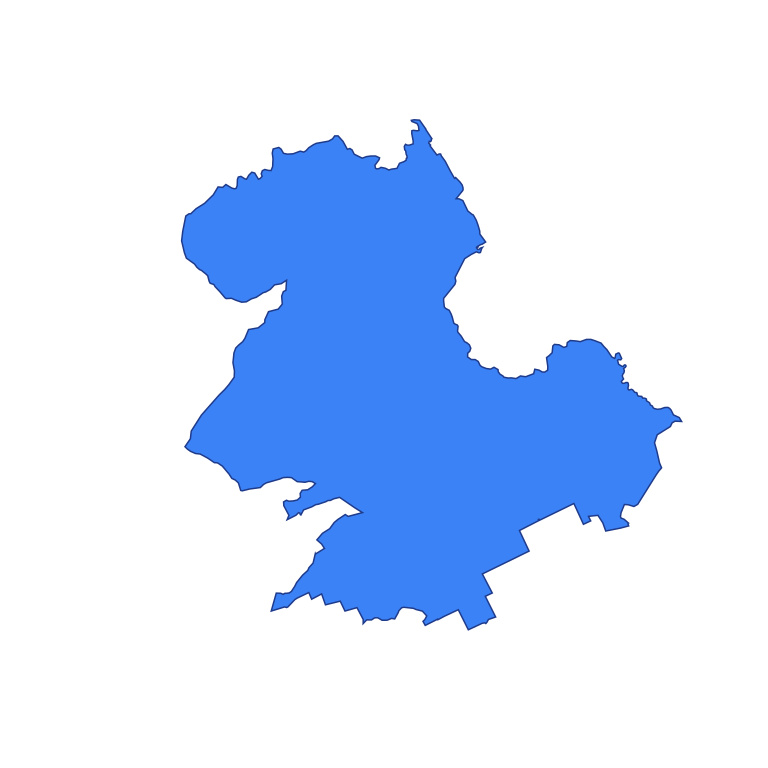 Tlalnelhuayocan, Veracruz, Mexico (Natural Earth projection), rotated 325°
{"feature_id": "50627088B87731139171896", "entity_name": "Tlalnelhuayocan", "entity_type": "district", "adm_level": 2, "iso_a3": "MEX", "parent_name": "Mexico", "parent_adm1": "Veracruz", "projection": "natural_earth1", "projection_center": [-96.975, 19.543], "detail": "fine", "context": "isolated", "style": "filled", "palette": "blue", "viewbox_px": 768, "rotation_deg": 325, "n_neighbors": 0, "source": "geoboundaries", "source_scale": "gbopen_adm2", "svg_char_len": 6171}
<svg xmlns="http://www.w3.org/2000/svg" viewBox="0 0 768 768"><g transform="rotate(325 384 384)"><path d="M209.4,531.3L223.6,536.8L221.8,547.6L233.6,551.7L231.9,565.0L229.5,568.3L234.5,567.3L238.5,570.1L242.2,570.2L244.8,571.9L246.9,576.4L251.1,579.3L255.8,580.4L258.0,582.6L264.0,579.7L266.3,578.2L270.1,577.4L272.1,578.2L279.4,584.6L280.9,587.1L285.2,592.1L286.0,598.5L282.3,600.4L279.8,600.8L279.3,605.4L293.0,607.4L292.9,608.0L300.4,608.9L315.4,611.5L312.1,633.7L327.0,636.3L329.5,637.4L330.0,638.6L331.7,638.2L334.5,636.8L341.8,638.9L345.2,616.0L352.8,617.3L355.6,596.0L407.0,604.1L410.9,581.7L432.6,584.7L432.8,583.5L433.4,583.7L433.1,584.8L471.0,590.8L466.9,613.3L474.8,614.7L475.6,609.7L483.9,614.3L483.6,623.2L481.3,631.6L495.1,637.7L503.0,640.6L503.5,639.1L504.2,637.7L504.4,637.8L503.1,632.5L501.3,629.8L501.6,628.3L504.4,625.4L511.8,620.6L514.8,623.0L518.5,627.7L522.8,628.1L554.7,614.6L559.0,613.0L563.3,611.9L564.4,606.8L569.2,595.0L571.9,587.3L578.7,582.3L594.2,583.1L597.7,581.1L601.1,581.4L606.3,585.4L606.6,580.9L603.4,575.3L604.2,570.1L604.0,567.9L603.4,566.5L603.0,565.9L600.3,564.2L596.3,563.1L593.4,561.5L591.1,558.8L590.9,557.5L591.2,556.0L590.2,553.9L590.7,552.1L590.6,551.3L589.5,548.6L589.5,548.0L590.3,546.9L590.2,546.3L589.3,545.0L587.8,543.9L588.0,542.0L585.4,539.8L585.3,538.1L586.1,536.5L585.9,535.9L584.6,534.6L584.4,531.7L584.0,530.8L583.5,530.2L581.4,529.6L580.9,528.6L581.6,527.1L583.4,525.5L584.5,523.3L584.3,522.5L583.0,521.5L581.4,521.3L580.1,520.5L579.6,519.4L579.9,518.0L583.1,517.3L583.4,515.3L584.0,513.9L585.2,513.0L587.0,512.4L588.5,511.0L589.2,508.7L591.1,508.8L592.4,508.3L592.8,507.5L592.5,506.7L591.9,506.3L589.8,506.7L589.0,505.9L587.5,502.4L588.9,498.5L590.2,498.6L591.8,500.0L593.3,499.5L594.4,493.8L593.7,492.9L590.9,492.5L588.5,495.0L587.6,495.3L586.3,492.9L586.1,492.4L586.3,483.7L585.6,479.4L585.3,475.0L581.3,469.1L579.0,466.1L575.4,463.6L569.1,461.9L566.2,459.1L561.5,455.2L557.9,455.2L555.3,458.0L552.3,457.2L549.9,452.3L546.3,449.3L544.1,449.7L539.7,454.8L535.4,455.5L532.3,455.6L528.1,463.8L525.9,466.6L522.4,466.4L520.5,464.9L518.9,461.5L516.0,458.4L512.5,461.4L504.2,459.3L500.4,455.7L495.3,455.3L491.8,452.0L489.1,450.3L486.2,447.3L486.0,445.6L484.7,442.6L484.6,439.5L485.7,437.6L483.7,433.4L479.8,432.9L476.7,430.0L474.0,426.0L473.4,423.8L474.1,419.6L472.7,416.3L469.6,414.1L468.0,409.8L470.2,406.8L473.0,406.4L475.6,404.5L476.4,400.9L475.5,397.7L474.3,395.5L474.7,389.0L474.2,383.9L474.7,382.7L477.8,379.2L477.9,377.7L476.6,375.7L476.1,374.1L478.2,368.6L479.1,365.3L479.7,361.1L477.8,357.4L477.6,355.5L480.7,349.8L482.1,348.0L499.2,343.1L501.8,341.0L503.3,337.5L522.0,327.6L529.7,327.9L535.5,328.7L536.9,330.8L537.9,331.5L538.5,331.5L541.8,329.0L543.0,328.6L541.0,328.0L539.0,328.2L537.9,327.5L537.9,325.5L539.6,325.7L539.3,324.9L543.4,325.3L544.4,325.8L548.7,326.0L548.5,316.2L550.2,313.5L552.1,307.9L553.5,302.8L554.0,298.1L554.0,296.3L553.4,295.6L551.9,290.3L553.8,279.0L551.7,275.4L549.4,273.6L559.5,270.7L560.3,270.1L561.4,268.3L562.2,265.6L562.1,262.0L561.1,256.0L559.9,256.2L559.8,254.8L560.5,247.3L561.9,236.7L561.8,230.0L562.3,228.1L561.1,227.2L558.7,226.8L558.3,215.3L559.2,215.0L558.8,212.3L560.3,211.2L561.0,212.1L562.2,211.9L563.2,210.6L563.9,210.6L564.2,199.9L564.5,199.3L564.5,188.3L560.2,184.8L557.6,183.7L557.4,184.9L560.5,189.7L560.1,192.6L558.1,196.3L556.5,195.7L553.5,193.0L552.1,192.5L550.5,194.6L547.2,201.8L545.6,204.0L541.8,202.9L540.1,201.7L539.1,200.0L536.9,201.0L535.3,204.0L535.5,205.4L533.8,208.9L533.7,210.2L532.7,212.0L531.8,211.9L530.4,213.4L527.9,213.3L523.3,212.1L518.3,214.8L513.2,212.2L510.7,211.5L508.9,208.1L505.8,204.8L503.7,204.7L501.6,203.8L500.8,202.5L501.9,199.7L508.6,197.4L510.1,196.2L507.9,192.4L504.0,189.7L500.1,187.7L495.7,186.5L491.4,178.7L492.1,173.9L491.1,171.5L488.6,170.7L489.6,161.7L488.7,154.4L485.9,152.5L482.4,153.7L477.9,153.3L466.5,148.0L463.5,147.5L458.0,147.3L453.8,148.2L451.3,148.0L448.9,145.2L441.6,143.3L436.7,140.3L434.0,137.4L434.4,132.5L433.5,129.9L428.0,127.9L424.9,130.8L422.3,135.8L417.5,142.0L413.9,144.4L411.5,142.4L409.4,139.9L406.7,139.5L404.0,141.4L403.3,144.0L400.5,144.6L398.6,144.2L399.1,137.0L397.2,134.7L393.1,135.4L388.8,137.4L387.7,136.1L385.9,131.9L383.4,130.9L381.3,132.3L377.5,137.3L375.1,138.9L373.6,138.4L371.7,136.2L368.9,129.9L364.6,130.4L361.1,127.4L352.7,131.1L340.6,133.1L330.8,132.6L323.4,133.7L321.7,132.7L318.0,132.7L306.6,143.6L300.3,150.7L295.8,162.0L294.3,167.6L297.6,177.0L297.7,181.2L298.6,184.6L299.5,186.0L301.1,191.3L301.7,194.2L299.7,199.5L299.4,201.8L301.7,204.9L301.5,207.4L302.5,214.3L303.2,222.2L303.7,223.5L308.2,226.3L310.7,230.4L314.3,235.3L318.3,237.7L324.3,238.2L329.1,239.7L337.4,239.9L340.0,240.8L345.1,241.3L351.2,240.0L357.4,242.9L363.7,243.1L357.4,251.0L354.5,250.6L350.6,253.3L346.5,260.2L340.3,262.0L330.9,258.5L323.4,262.9L321.5,265.3L313.1,265.8L304.3,261.7L296.3,266.8L292.5,268.3L287.6,268.7L283.2,269.5L278.9,272.5L272.5,279.9L269.0,287.5L265.2,292.5L256.7,295.5L250.1,297.2L242.9,298.4L216.7,304.7L199.1,312.0L194.0,317.8L185.0,321.2L185.6,324.5L186.9,328.2L189.7,332.8L193.2,335.9L197.1,343.6L199.9,351.1L202.4,353.1L204.5,358.6L205.4,368.9L205.2,374.0L207.1,377.4L208.0,381.5L205.6,389.0L206.6,390.2L213.6,392.9L223.3,397.9L227.8,397.2L231.0,397.5L244.2,402.1L247.6,402.8L251.4,405.1L254.5,407.6L256.9,414.2L263.0,419.2L266.6,420.6L269.2,422.8L270.7,426.2L266.4,427.1L260.8,426.9L256.0,424.1L252.6,425.5L250.6,428.8L246.4,429.3L242.4,427.6L238.8,425.4L237.4,423.3L234.1,423.0L232.1,426.3L230.8,437.0L226.8,439.6L236.6,441.0L240.2,440.4L241.0,441.3L240.5,443.0L240.8,443.6L245.9,441.0L254.4,443.2L259.0,443.7L261.2,444.8L269.0,447.1L271.2,447.3L273.3,448.6L277.0,449.2L282.6,451.4L289.1,468.7L292.6,477.0L278.7,471.9L277.4,468.7L268.4,468.5L263.8,468.9L256.5,471.4L247.9,471.0L239.6,473.2L241.1,479.3L240.9,484.5L230.4,484.0L230.5,483.5L223.2,490.0L217.2,491.4L214.6,493.0L207.7,493.9L198.6,496.5L194.7,498.6L189.2,500.8L186.6,500.8L184.4,499.7L182.8,498.6L180.7,498.4L179.4,496.2L175.8,493.5L161.4,505.3L174.7,509.6L176.1,511.3L177.4,511.5L187.2,509.5L190.1,509.6L202.8,511.7L201.3,518.8L212.5,520.2L209.4,531.3Z" fill="#3b82f6" stroke="#1e3a8a" stroke-width="1.5"/></g></svg>